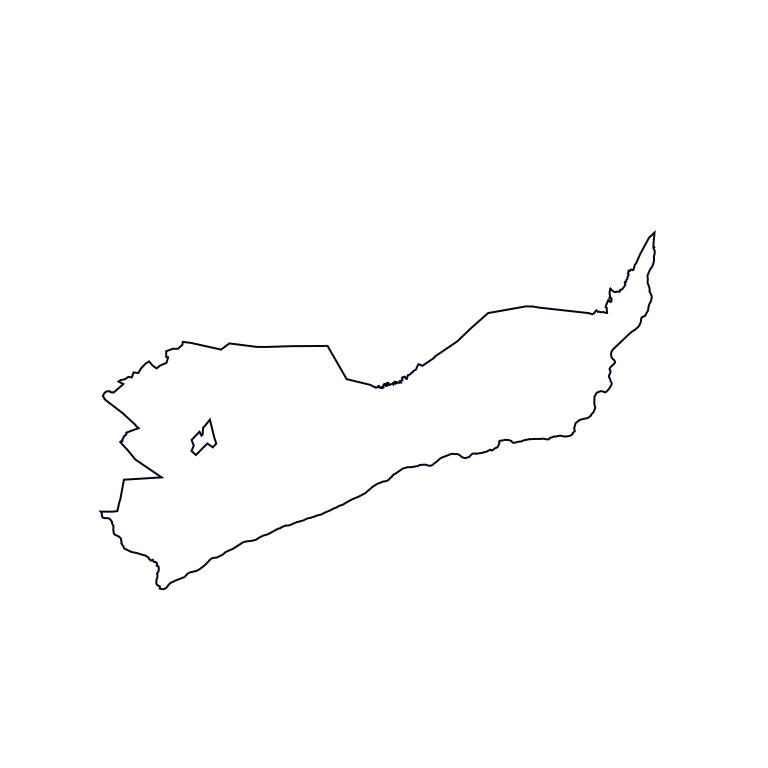 outline of Chipinge, Manicaland, Zimbabwe, rotated 239°
{"feature_id": "62879985B99568881619892", "entity_name": "Chipinge", "entity_type": "district", "adm_level": 2, "iso_a3": "ZWE", "parent_name": "Zimbabwe", "parent_adm1": "Manicaland", "projection": "robinson", "projection_center": [32.384, -20.62], "detail": "fine", "context": "isolated", "style": "outline", "palette": "ink", "viewbox_px": 768, "rotation_deg": 239, "n_neighbors": 0, "source": "geoboundaries", "source_scale": "gbopen_adm2", "svg_char_len": 6105}
<svg xmlns="http://www.w3.org/2000/svg" viewBox="0 0 768 768"><g transform="rotate(239 384 384)"><path d="M300.1,311.7L301.7,321.1L301.9,326.8L300.8,332.4L300.9,333.2L300.1,334.5L299.5,336.5L299.5,338.9L300.3,341.1L300.3,342.7L301.0,343.7L301.4,345.4L301.3,347.5L301.8,356.8L300.5,361.5L298.6,364.6L296.4,370.4L296.1,372.8L295.1,375.1L294.0,377.2L293.2,378.3L291.3,379.9L290.2,381.4L289.7,382.5L289.7,384.6L290.1,386.1L290.1,387.6L291.2,393.9L291.2,395.2L289.4,405.6L289.0,406.7L287.4,408.7L286.1,410.9L283.7,412.4L281.2,413.1L279.1,414.9L278.6,415.6L277.7,418.9L277.7,420.0L278.6,422.7L278.6,424.2L277.8,425.9L277.0,426.6L274.7,432.0L273.3,436.7L272.9,441.3L271.5,442.1L271.4,444.3L271.8,445.8L271.4,447.9L271.6,449.2L273.9,452.5L275.4,453.1L275.6,453.7L275.6,454.4L274.6,456.3L273.8,459.1L272.9,460.1L272.2,461.6L269.8,463.6L269.5,463.5L269.0,463.9L267.5,464.1L266.8,464.7L265.0,470.2L264.1,471.9L263.6,475.3L262.2,478.9L261.8,480.6L260.9,481.6L260.3,483.1L255.9,490.6L255.2,492.3L252.7,495.0L251.7,496.8L252.4,498.7L251.7,500.4L251.5,502.7L250.7,503.6L249.0,508.4L246.5,511.1L245.3,512.9L244.0,516.0L243.7,518.3L244.1,520.0L244.7,520.5L245.4,523.3L248.1,524.2L251.8,528.1L252.4,533.3L251.2,537.5L249.9,541.0L250.3,545.1L251.0,545.8L252.1,549.5L254.8,552.8L258.6,554.0L264.5,557.7L266.6,561.0L266.9,562.9L266.3,566.0L264.9,567.8L263.0,569.1L262.8,570.4L263.6,573.5L266.1,578.6L267.1,579.5L268.1,579.8L269.6,579.6L271.3,580.3L274.4,580.5L275.5,581.4L276.6,583.2L277.5,584.2L278.7,584.8L280.1,584.9L281.0,585.3L282.0,587.4L282.6,591.2L283.5,593.2L284.6,593.6L285.8,593.6L288.1,592.9L290.1,592.9L293.0,594.1L295.0,596.3L295.9,598.9L300.7,620.5L301.1,622.5L301.3,627.7L302.0,631.3L302.5,632.6L304.0,634.9L305.1,636.3L307.4,638.0L308.3,639.1L308.3,641.0L307.9,642.6L311.1,648.3L314.4,650.9L316.0,652.8L317.3,655.2L320.5,658.3L323.1,659.1L326.7,659.3L326.9,659.7L329.8,661.1L335.1,662.1L338.2,664.3L341.1,665.5L345.0,670.8L346.6,674.4L347.9,676.2L350.7,679.0L354.6,681.2L355.4,682.3L357.7,684.1L359.1,684.7L361.5,684.8L362.3,685.2L362.2,685.6L361.1,685.9L364.0,686.2L374.5,693.9L372.9,686.5L363.3,670.3L357.9,662.7L356.8,660.2L353.4,656.7L353.4,656.0L354.4,655.3L354.9,654.5L354.3,653.4L354.3,652.4L354.9,652.4L355.2,652.0L353.9,651.1L353.1,649.9L351.9,650.1L351.1,649.5L350.5,648.0L349.1,647.1L348.2,645.1L347.2,644.5L347.4,643.2L346.5,643.1L346.5,642.5L345.8,642.5L344.3,641.3L342.7,637.5L342.5,636.5L343.0,635.0L341.9,634.0L341.8,633.3L342.9,632.0L343.6,629.6L344.5,628.7L346.9,627.6L349.2,627.2L349.0,626.7L347.7,625.8L346.5,624.6L344.7,623.7L342.6,623.1L342.0,621.8L341.7,621.5L341.1,621.6L341.1,622.4L340.5,623.0L339.8,622.9L338.1,621.7L337.6,621.1L337.6,620.4L339.3,619.7L340.3,619.6L340.4,619.3L336.7,614.5L335.8,613.6L334.7,614.2L332.3,612.8L330.5,612.2L330.0,611.7L330.8,610.6L332.7,609.1L334.0,606.6L335.3,605.5L335.6,604.5L337.7,604.0L337.4,602.5L336.5,600.6L336.5,598.5L339.3,596.0L369.6,556.3L374.5,550.6L374.5,550.1L377.3,546.0L391.2,509.7L387.1,487.8L382.8,468.8L381.3,441.6L380.6,440.7L379.8,426.5L383.2,423.7L381.1,420.3L380.3,419.6L379.9,418.8L380.0,415.9L379.4,415.1L379.4,413.3L378.8,411.1L379.2,409.0L376.6,406.1L377.1,405.6L379.5,405.7L379.6,405.4L379.2,404.8L380.2,403.9L380.2,403.1L379.7,402.3L378.2,402.1L377.6,401.5L378.2,399.8L376.4,399.3L376.6,399.0L377.3,399.0L378.0,398.6L377.2,397.7L378.2,397.0L378.1,395.8L378.4,393.7L378.9,393.8L379.8,395.1L380.3,394.5L380.1,391.9L379.1,391.9L378.8,391.6L379.7,391.3L380.0,390.8L380.3,388.2L381.2,388.0L381.8,388.4L382.3,388.4L383.1,387.8L383.4,387.2L383.0,386.4L381.2,386.6L380.9,386.2L381.0,385.2L381.5,384.7L382.1,384.4L383.4,384.9L383.9,384.3L383.6,383.3L382.5,382.5L382.5,381.0L381.3,381.4L381.4,380.3L383.2,378.3L384.3,378.8L384.9,378.7L385.1,378.1L384.3,377.9L384.3,377.6L384.9,376.2L384.9,375.2L385.2,374.8L385.9,374.9L387.7,373.2L390.0,372.1L407.4,354.5L445.7,355.2L464.3,323.8L476.7,301.6L481.2,294.2L498.4,272.4L497.4,262.1L518.9,239.4L523.7,233.2L521.4,231.4L520.3,225.4L522.9,221.3L524.3,214.2L519.4,211.3L518.1,212.7L514.2,208.5L515.1,201.6L514.5,197.1L518.8,195.2L524.3,194.3L524.3,190.1L522.4,183.4L519.9,179.2L522.9,175.2L519.5,171.3L521.8,168.5L521.5,164.4L523.0,160.3L522.8,157.7L518.2,160.6L515.9,147.7L516.8,147.0L517.3,145.8L519.1,145.3L519.2,144.5L520.3,143.2L520.5,141.1L519.6,138.2L518.4,136.8L517.1,137.0L515.9,136.8L514.9,137.0L514.6,136.7L493.5,145.0L476.9,149.9L476.2,149.7L472.6,150.9L475.0,138.0L474.0,137.7L473.5,137.0L473.4,135.4L473.0,135.0L473.0,133.8L471.6,132.6L471.4,131.3L469.7,130.4L469.6,129.5L470.4,128.7L470.1,128.0L458.9,130.3L447.5,131.9L418.5,145.3L435.9,111.8L421.3,98.9L418.9,96.2L412.4,90.0L414.5,85.3L420.6,75.4L418.9,75.6L415.7,74.1L414.4,74.1L412.9,75.4L411.4,78.0L409.7,79.5L406.1,79.9L404.9,79.2L401.3,78.8L398.7,77.0L395.0,75.4L393.8,75.5L389.4,78.4L387.4,78.8L386.8,78.9L385.2,78.0L383.4,77.7L382.7,76.8L378.9,76.9L376.8,76.6L370.1,81.0L366.3,85.2L361.3,89.6L360.1,91.0L356.4,92.8L354.7,92.5L353.8,93.1L353.0,93.0L352.4,93.7L352.6,94.8L352.4,95.3L350.7,95.0L350.1,95.1L349.5,95.7L349.2,96.6L347.8,97.0L346.3,96.8L345.6,95.7L344.5,96.0L343.6,96.7L341.3,95.7L339.3,93.9L338.5,91.9L336.9,91.4L335.0,90.2L333.0,87.8L330.2,86.1L328.4,86.0L326.0,87.6L325.4,87.4L324.2,86.4L322.2,88.5L321.5,89.7L321.4,90.3L321.5,92.8L323.0,96.5L323.4,98.9L322.8,105.1L322.0,108.8L321.7,111.9L321.3,112.5L321.3,113.8L322.5,117.5L322.5,120.3L320.4,127.0L320.2,130.7L320.9,136.8L322.2,141.8L322.9,143.7L323.2,146.6L322.9,147.9L321.4,151.3L321.1,154.3L320.8,158.5L321.4,160.7L321.5,162.3L320.5,170.0L320.9,181.2L320.4,183.9L317.5,190.3L316.4,194.4L316.6,197.3L316.3,202.3L315.0,207.0L314.5,219.1L313.9,220.3L313.9,223.2L313.5,226.2L311.6,230.1L310.6,237.5L308.6,244.6L308.4,248.0L307.9,250.2L306.9,252.6L306.8,254.1L306.1,255.9L306.2,257.2L304.4,263.4L304.3,266.9L303.4,272.8L303.2,276.6L302.6,279.9L302.7,282.5L301.8,286.3L301.8,292.6L301.5,297.8L300.5,304.2L300.1,311.7ZM425.3,210.9L419.2,209.5L417.9,204.6L424.0,202.0L420.0,186.2L425.8,184.5L429.1,189.2L435.1,190.2L438.1,201.3L433.8,200.9L433.9,202.4L439.7,206.4L440.7,209.9L443.1,216.4L425.3,210.9Z" fill="none" stroke="#020617" stroke-width="2"/></g></svg>